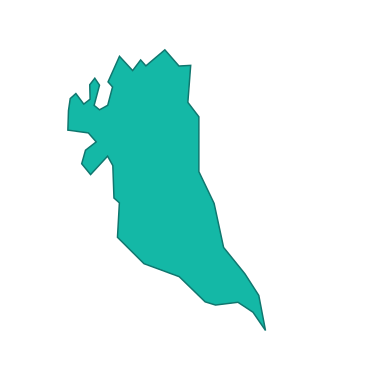 the district of Taylak, Samarkand, Uzbekistan, rotated 47°
{"feature_id": "79887680B65824401013757", "entity_name": "Taylak", "entity_type": "district", "adm_level": 2, "iso_a3": "UZB", "parent_name": "Uzbekistan", "parent_adm1": "Samarkand", "projection": "equal_earth", "projection_center": [67.152, 39.543], "detail": "fine", "context": "isolated", "style": "filled", "palette": "teal", "viewbox_px": 384, "rotation_deg": 47, "n_neighbors": 0, "source": "geoboundaries", "source_scale": "gbopen_adm2", "svg_char_len": 697}
<svg xmlns="http://www.w3.org/2000/svg" viewBox="0 0 384 384"><g transform="rotate(47 192 192)"><path d="M343.4,232.7L313.2,213.7L287.9,209.1L254.1,206.7L215.4,183.6L181.8,173.1L141.7,135.7L123.6,133.9L98.5,106.6L91.0,115.6L69.5,114.9L68.3,139.7L60.4,139.5L62.7,152.6L43.3,152.5L54.2,178.3L61.0,178.5L71.1,194.5L68.8,203.6L61.9,204.5L50.8,186.8L42.5,185.5L43.8,193.6L54.6,203.2L53.9,211.2L40.8,209.8L40.6,217.3L48.2,226.8L62.1,240.6L78.1,227.5L90.0,227.9L88.8,241.4L96.1,253.4L110.1,254.3L108.2,229.3L118.7,231.9L143.2,253.2L150.4,252.5L174.3,277.4L211.7,276.0L245.2,259.1L281.3,257.3L290.7,251.9L304.0,233.6L321.5,229.4L343.4,232.7Z" fill="#14b8a6" stroke="#0f766e" stroke-width="1.5"/></g></svg>